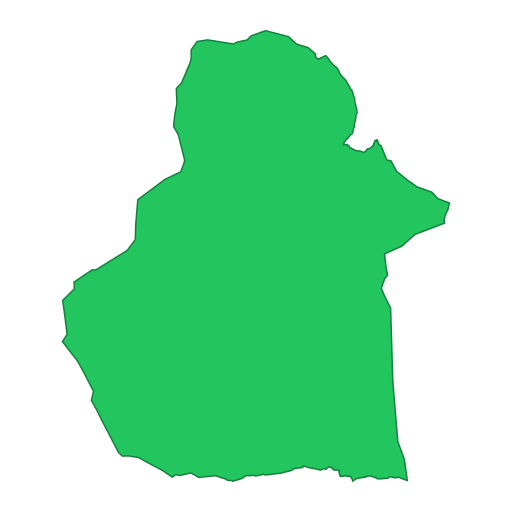 the district of Altai, Hovd, Mongolia
{"feature_id": "93677404B38037310597400", "entity_name": "Altai", "entity_type": "district", "adm_level": 2, "iso_a3": "MNG", "parent_name": "Mongolia", "parent_adm1": "Hovd", "projection": "natural_earth1", "projection_center": [92.813, 45.736], "detail": "fine", "context": "isolated", "style": "filled", "palette": "green", "viewbox_px": 512, "rotation_deg": 0, "n_neighbors": 0, "source": "geoboundaries", "source_scale": "gbopen_adm2", "svg_char_len": 5748}
<svg xmlns="http://www.w3.org/2000/svg" viewBox="0 0 512 512"><path d="M325.7,55.6L318.0,59.2L315.4,56.6L315.5,54.0L308.2,47.7L296.4,44.0L288.6,36.7L265.5,30.7L251.2,35.8L247.0,40.0L237.1,42.1L233.4,44.0L207.6,39.9L197.1,41.5L191.2,49.8L191.2,58.5L189.9,63.3L188.4,66.7L181.6,82.8L176.3,88.5L176.9,103.5L175.0,113.4L174.0,121.5L173.6,126.4L178.4,135.1L184.7,160.3L183.8,163.8L180.7,171.8L164.9,179.4L137.8,199.7L135.8,223.3L135.3,239.6L127.2,250.4L95.8,269.9L92.0,269.9L74.1,282.0L74.3,288.9L62.7,300.4L65.3,319.6L67.1,334.4L62.4,341.6L77.5,361.0L83.8,372.4L93.5,391.3L91.4,400.4L96.9,410.3L102.2,421.1L118.7,452.7L122.4,456.1L128.2,455.9L138.6,457.5L145.8,461.6L162.9,470.7L172.3,477.2L175.6,474.6L179.7,475.5L191.1,472.9L198.6,477.4L215.2,475.7L215.9,476.0L216.4,476.0L216.8,476.2L217.3,476.2L217.5,476.3L217.9,476.5L218.3,476.7L218.6,476.7L219.0,476.9L219.4,476.9L219.7,477.0L221.1,477.7L221.9,477.9L222.3,477.9L222.5,477.9L223.0,478.2L223.2,478.3L223.4,478.4L223.9,478.5L224.3,478.7L224.8,478.8L225.1,478.7L225.7,478.8L225.8,478.9L225.9,479.0L226.1,479.5L226.6,479.5L226.9,479.6L227.1,480.0L227.5,480.3L228.5,480.3L229.6,480.5L230.3,480.5L230.6,480.4L231.0,480.4L231.8,480.6L232.0,480.6L232.3,480.9L232.4,481.2L232.6,481.3L232.8,481.3L233.0,481.2L233.7,480.9L241.3,478.7L246.6,475.4L246.8,475.4L247.0,475.5L247.3,475.6L248.9,475.7L249.4,475.7L249.6,475.7L249.9,475.6L250.0,475.6L250.1,475.4L251.1,475.6L251.7,475.5L252.1,475.3L252.7,475.4L252.9,475.4L253.4,475.2L253.8,475.3L254.6,475.5L254.9,475.8L255.1,476.0L255.5,476.0L261.9,474.7L262.2,474.6L262.3,474.5L262.6,474.3L262.9,474.2L263.6,474.4L263.9,474.5L264.3,474.6L264.8,474.9L265.1,474.8L265.3,474.7L265.7,474.7L266.0,474.8L266.7,474.8L267.0,474.9L274.4,473.9L280.9,473.2L285.2,472.0L290.6,470.7L292.3,470.0L294.4,468.5L302.7,467.5L303.4,465.8L309.4,467.8L318.8,469.5L319.2,469.7L319.6,469.7L319.8,470.0L320.6,469.9L320.8,469.9L321.0,470.0L321.3,469.8L324.2,468.5L326.0,469.4L328.3,466.8L328.4,467.0L328.8,467.2L329.1,467.1L329.5,467.1L330.1,467.3L330.4,467.2L330.6,467.3L331.0,467.2L331.1,467.3L331.5,467.6L331.9,467.9L332.1,468.0L332.2,468.5L332.8,469.0L333.4,468.8L333.5,469.0L333.5,469.5L333.6,469.8L333.9,470.0L334.1,470.1L337.8,470.0L337.8,470.3L338.1,470.5L338.4,470.7L338.9,470.7L339.3,470.7L339.0,472.2L340.0,475.8L340.5,476.5L343.0,476.2L345.7,475.9L346.3,476.0L346.9,476.1L347.1,476.1L347.5,476.2L347.6,476.3L347.9,476.3L348.1,476.4L348.3,476.3L348.5,476.1L348.9,476.2L349.1,476.1L349.6,476.3L349.9,476.4L350.6,476.7L352.2,479.2L352.7,481.1L357.5,478.1L359.3,478.2L359.5,478.0L360.0,477.8L360.6,477.8L361.1,477.7L361.8,477.7L362.2,477.6L362.8,477.4L363.3,477.2L363.8,477.2L365.0,477.3L365.4,477.0L365.4,476.9L366.1,476.8L366.5,476.6L366.9,476.4L367.1,476.1L367.3,476.0L368.6,476.1L368.9,476.0L369.1,475.8L369.6,475.9L370.3,476.0L370.6,476.2L370.8,476.3L371.0,476.4L372.1,476.4L372.2,476.5L372.4,476.6L372.6,476.7L373.4,476.8L373.8,477.1L374.1,477.2L374.5,477.3L374.9,477.3L375.1,477.4L375.3,477.5L375.6,477.8L376.0,478.1L376.8,478.4L377.1,478.7L380.2,478.9L388.0,478.2L389.5,476.7L395.4,477.9L398.2,477.1L402.0,478.6L407.3,480.5L405.1,464.3L404.1,458.7L397.8,441.7L392.8,381.4L390.6,308.1L384.7,296.4L381.3,288.3L384.6,278.9L387.6,275.0L386.2,268.7L384.5,253.9L401.8,246.2L415.0,234.4L444.6,223.1L444.5,222.0L444.3,221.2L444.1,219.3L444.5,218.4L444.9,217.1L444.9,216.2L445.1,215.5L445.3,215.3L445.6,215.1L445.7,214.4L445.8,213.9L446.3,213.0L446.4,212.6L446.9,211.6L446.9,211.3L447.8,210.3L447.8,209.1L448.2,208.6L448.4,207.6L448.9,204.7L449.2,204.2L449.4,203.7L449.6,203.3L449.5,203.2L449.4,203.0L437.8,198.6L431.9,192.2L416.9,186.8L407.2,179.9L396.7,171.4L390.9,160.8L386.8,160.0L381.0,145.6L380.5,145.5L380.1,145.1L379.6,144.9L379.1,144.7L378.9,144.4L378.5,142.8L377.7,142.1L377.4,142.0L376.8,141.3L376.8,141.1L377.0,141.0L377.6,141.0L377.7,140.8L377.8,140.6L377.6,140.4L377.4,140.2L377.2,140.0L376.7,139.9L375.9,140.3L375.1,140.5L374.9,140.7L374.9,141.0L375.0,141.4L374.9,141.7L374.7,141.9L374.4,142.1L374.2,142.4L373.8,143.5L373.8,144.2L373.6,144.5L373.4,144.8L373.3,145.1L373.1,145.4L372.9,145.6L372.7,145.9L372.7,146.3L372.5,146.6L372.3,146.7L371.5,146.9L371.2,147.2L370.7,148.0L370.3,148.2L369.8,148.4L368.6,148.8L368.0,148.7L367.5,148.9L367.2,149.2L366.3,150.3L365.1,151.6L364.7,152.0L363.7,152.4L362.8,152.1L361.7,151.7L359.9,151.0L359.1,151.0L358.2,150.8L357.5,150.8L357.2,150.9L356.6,150.9L356.1,150.7L355.4,150.5L354.3,149.8L352.7,149.1L352.2,148.8L351.9,148.5L351.7,148.3L351.1,148.1L350.5,148.1L350.2,148.0L349.9,147.8L349.6,147.5L349.6,146.9L349.5,146.6L349.4,146.4L348.9,146.0L348.3,145.4L348.0,145.3L347.7,145.0L347.2,144.5L347.0,144.4L346.7,144.5L346.1,144.9L345.8,144.8L345.3,144.5L344.8,144.4L344.3,144.3L344.1,144.4L343.8,144.7L343.5,144.7L343.6,143.9L343.9,143.3L344.1,142.4L344.4,141.9L345.8,140.4L346.4,139.4L346.7,138.9L347.5,138.5L347.9,138.2L348.3,137.8L349.9,135.4L350.4,135.0L351.8,134.1L352.2,133.7L352.6,132.9L352.7,132.2L352.9,131.2L353.1,130.4L353.5,128.5L353.9,127.9L354.1,127.3L354.5,126.5L354.6,126.0L354.2,124.5L354.2,124.2L354.6,123.4L354.6,122.9L354.9,122.2L355.0,121.5L355.3,120.0L355.8,118.2L355.9,117.0L355.8,115.8L356.1,114.8L356.6,114.0L357.0,113.3L357.1,112.6L356.6,109.1L356.5,108.1L356.3,107.4L356.0,106.5L355.1,103.5L354.9,102.4L354.8,101.2L354.5,98.0L353.8,96.4L352.6,92.2L352.1,90.9L351.9,90.4L351.6,90.0L351.3,89.7L350.7,89.4L350.4,89.0L350.2,88.5L350.0,88.1L349.9,87.4L349.7,86.9L349.2,86.1L348.5,85.1L347.1,82.5L346.1,80.8L344.7,79.1L342.7,77.2L340.6,74.7L340.1,74.0L339.5,72.7L339.2,72.0L338.9,71.4L338.4,70.3L337.3,68.4L336.9,67.8L336.3,67.2L334.9,66.4L334.0,65.7L332.6,64.0L331.3,62.8L330.2,61.4L329.5,60.1L329.1,59.6L328.5,58.7L327.7,57.7L326.8,56.7L325.7,55.6Z" fill="#22c55e" stroke="#15803d" stroke-width="1.5"/></svg>